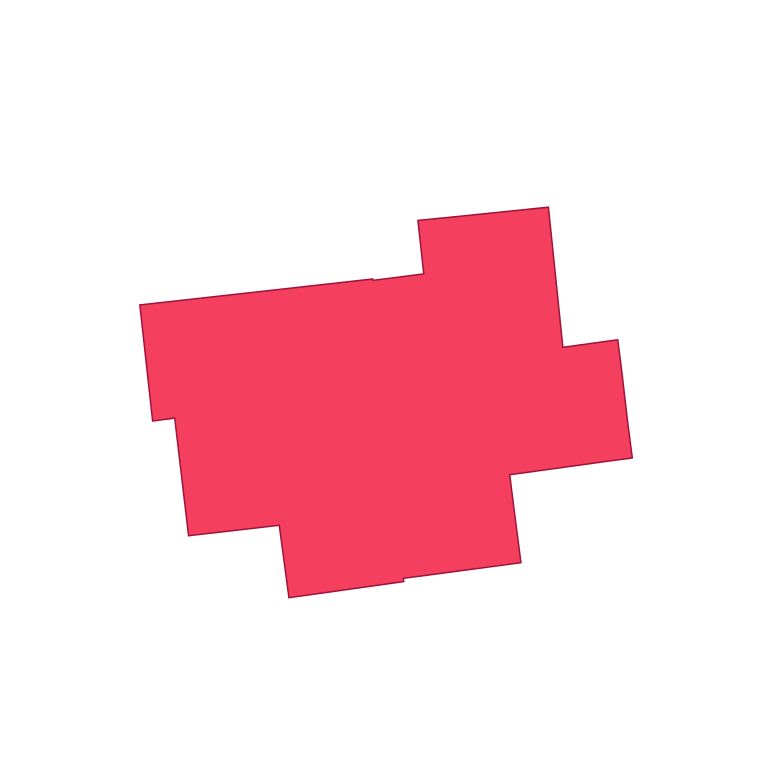 outline of General Viamonte, Buenos Aires, Argentina, rotated 39°
{"feature_id": "61730980B83170090610127", "entity_name": "General Viamonte", "entity_type": "district", "adm_level": 2, "iso_a3": "ARG", "parent_name": "Argentina", "parent_adm1": "Buenos Aires", "projection": "albers", "projection_center": [-60.986, -34.978], "detail": "fine", "context": "isolated", "style": "filled", "palette": "rose", "viewbox_px": 768, "rotation_deg": 39, "n_neighbors": 0, "source": "geoboundaries", "source_scale": "gbopen_adm2", "svg_char_len": 470}
<svg xmlns="http://www.w3.org/2000/svg" viewBox="0 0 768 768"><g transform="rotate(39 384 384)"><path d="M523.7,525.1L521.3,522.9L602.9,436.7L566.3,401.8L538.8,375.4L605.9,303.8L623.5,285.2L605.9,268.4L599.0,261.9L561.0,224.7L537.8,202.5L499.9,242.9L400.5,143.1L328.7,214.5L307.4,235.5L345.6,273.4L310.2,310.4L309.2,309.4L144.5,476.2L227.5,558.4L242.8,542.2L327.6,624.9L391.5,559.7L444.6,609.9L523.7,525.1Z" fill="#f43f5e" stroke="#9f1239" stroke-width="1.5"/></g></svg>